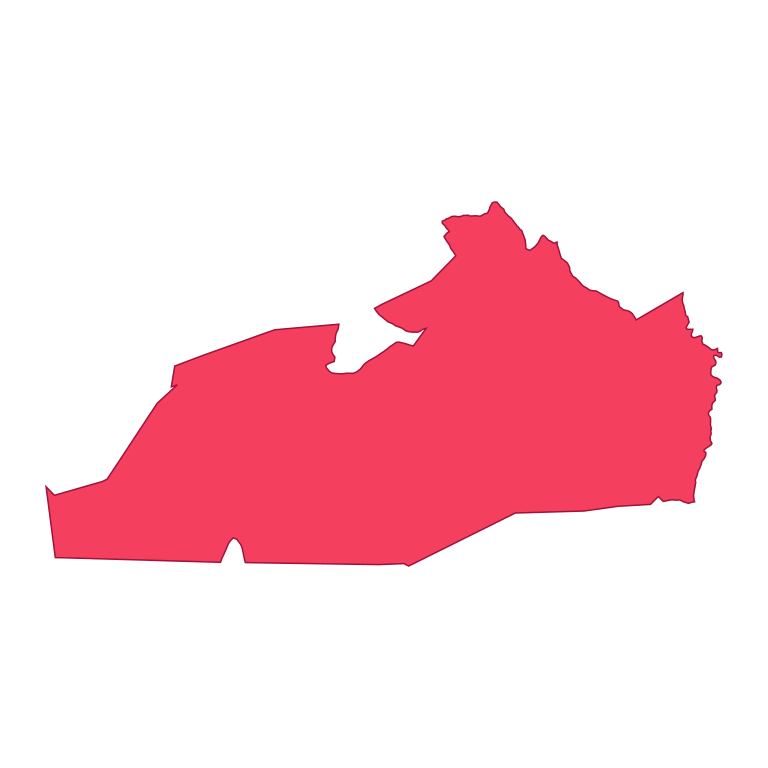 outline of Santa Lucía Monteverde, Oaxaca, Mexico
{"feature_id": "50627088B70845005155538", "entity_name": "Santa Lucía Monteverde", "entity_type": "district", "adm_level": 2, "iso_a3": "MEX", "parent_name": "Mexico", "parent_adm1": "Oaxaca", "projection": "orthographic", "projection_center": [-97.707, 16.955], "detail": "fine", "context": "isolated", "style": "filled", "palette": "rose", "viewbox_px": 768, "rotation_deg": 0, "n_neighbors": 0, "source": "geoboundaries", "source_scale": "gbopen_adm2", "svg_char_len": 5156}
<svg xmlns="http://www.w3.org/2000/svg" viewBox="0 0 768 768"><path d="M717.5,348.4L715.0,349.6L713.0,350.0L711.3,349.6L709.8,348.4L708.7,347.4L706.8,346.2L705.3,345.2L703.0,344.3L701.9,341.4L702.2,337.3L701.1,335.8L699.5,336.0L695.6,337.4L693.3,337.6L691.5,336.4L691.4,333.7L692.2,331.9L692.9,329.3L688.0,329.3L686.8,329.0L686.4,328.1L686.2,327.2L687.0,325.9L687.9,324.2L689.1,322.3L688.3,319.0L687.6,316.6L686.0,315.8L685.5,314.3L685.3,311.9L684.8,310.6L684.5,309.0L684.1,307.8L683.8,305.7L682.8,303.5L682.5,301.9L682.2,299.6L682.7,296.2L683.0,294.7L683.0,292.6L636.2,319.9L633.9,316.1L631.8,313.1L629.6,311.5L627.1,310.6L625.4,310.3L623.3,309.7L621.1,308.0L619.3,306.5L619.0,305.2L618.7,303.4L618.5,302.2L617.8,301.2L610.7,298.7L607.2,297.0L602.5,294.5L599.4,292.8L596.3,291.0L593.5,290.8L589.8,290.2L586.5,287.9L582.6,285.6L579.0,281.4L576.0,278.3L572.7,276.1L569.9,271.0L569.6,267.4L567.5,263.1L564.0,260.2L561.3,258.3L559.8,253.5L558.3,248.1L557.3,245.4L557.0,242.0L554.1,243.3L551.2,241.5L548.3,240.1L544.9,236.4L543.4,235.4L543.0,235.3L542.6,235.6L541.5,236.4L538.1,243.0L534.8,246.8L529.9,250.4L525.9,248.7L525.7,244.5L525.2,240.1L524.2,237.2L523.9,236.4L522.6,233.0L522.3,231.8L521.5,230.4L520.2,229.5L519.1,228.2L518.2,226.9L517.0,226.0L516.0,224.5L514.8,223.0L513.9,221.7L512.8,220.3L511.9,219.0L510.6,217.7L509.4,216.7L508.0,215.7L507.1,214.5L505.9,213.6L505.1,212.3L504.3,210.9L503.9,209.3L502.7,208.3L501.2,207.3L500.0,206.1L499.2,204.8L498.0,203.4L497.1,202.2L495.5,202.0L493.8,202.2L492.2,202.9L491.4,204.6L490.6,205.8L489.8,207.5L489.4,209.2L488.6,210.9L487.8,212.6L486.5,213.5L484.7,213.8L483.3,214.5L481.9,215.4L480.3,216.2L478.5,216.1L476.8,215.8L475.1,215.8L473.3,215.9L471.7,216.0L469.9,216.0L468.5,215.3L466.7,215.3L465.1,215.4L463.2,215.4L461.9,216.1L460.1,216.5L458.6,216.8L457.0,216.5L455.3,216.3L453.4,216.3L451.6,216.5L449.9,217.6L448.2,218.4L446.4,218.8L445.2,220.1L443.7,220.5L442.3,221.2L442.2,222.9L443.1,224.1L444.3,225.2L445.4,226.4L446.2,227.9L447.4,229.1L448.5,230.4L449.3,231.7L447.8,232.4L446.5,233.5L444.0,236.4L444.8,238.1L447.1,241.7L449.3,244.8L451.0,248.8L453.3,251.7L455.8,255.8L431.3,280.8L414.2,289.0L382.3,304.1L374.5,308.4L376.7,311.7L379.2,314.7L384.1,318.6L387.8,321.7L392.5,323.7L396.1,326.0L399.3,327.1L402.1,328.2L405.9,330.9L408.9,331.7L412.2,332.1L415.1,332.1L418.1,332.1L420.6,330.9L422.8,329.3L426.1,328.3L413.4,345.9L410.2,345.2L405.6,343.7L399.0,342.1L396.1,342.4L392.5,345.0L389.7,346.8L387.0,349.2L383.9,351.4L379.3,354.5L376.6,356.4L371.1,359.5L367.5,361.6L366.0,362.8L364.2,364.2L360.4,369.0L356.8,371.9L353.3,373.3L349.7,373.3L346.6,373.2L341.1,373.9L334.8,373.4L331.9,373.0L329.5,371.5L326.5,368.0L325.8,365.3L328.9,363.4L334.2,361.5L334.9,357.0L332.9,354.4L331.7,351.7L331.7,348.0L332.8,345.5L335.2,341.7L335.2,338.7L335.9,333.9L338.1,329.2L338.9,324.2L277.9,329.5L274.8,329.8L263.8,333.6L233.8,344.4L204.3,354.9L174.7,366.1L171.3,386.9L177.3,384.9L177.1,385.1L175.1,386.9L174.6,387.4L173.8,388.0L173.3,388.5L172.6,389.2L171.8,389.9L171.1,390.5L170.1,391.4L169.4,392.1L168.5,392.9L167.5,393.8L166.9,394.4L166.2,394.9L165.4,395.7L164.4,396.7L161.3,399.5L159.0,401.6L157.4,403.0L156.9,403.8L152.5,410.4L150.6,413.3L149.1,415.5L146.7,419.1L145.3,421.3L143.5,424.1L142.1,426.2L139.1,430.7L136.9,434.1L135.2,436.7L134.6,437.5L133.6,439.1L132.4,440.9L131.6,442.2L130.4,444.0L129.6,445.1L128.9,446.2L127.9,447.8L126.8,449.5L125.4,451.5L124.4,453.1L123.4,454.6L122.3,456.3L120.9,458.3L119.3,460.9L117.8,463.1L116.5,465.0L115.8,466.1L115.5,466.6L114.8,467.6L113.9,468.9L112.6,470.9L107.2,479.1L102.4,481.5L54.4,495.3L46.1,486.8L55.3,557.6L67.9,557.9L220.5,562.3L222.1,557.8L223.7,554.7L225.1,551.3L226.5,548.3L228.4,543.6L230.5,540.7L233.1,537.9L236.8,539.2L240.3,543.9L241.9,547.0L242.7,550.5L243.7,555.6L245.3,562.6L378.8,564.6L403.9,563.6L408.7,566.0L515.3,513.0L584.2,511.0L617.8,506.3L650.5,504.4L658.3,496.5L663.2,501.4L671.5,499.8L677.2,500.2L679.4,499.8L684.0,502.0L688.4,503.3L693.4,501.9L694.6,501.8L694.3,500.8L694.0,499.7L693.7,497.3L693.6,495.5L693.8,493.6L694.2,491.1L695.1,486.0L695.4,483.8L695.8,482.9L695.6,482.0L695.4,480.7L695.5,479.8L695.7,478.8L696.2,477.8L696.6,476.9L696.9,475.9L697.3,474.8L697.5,473.7L697.8,472.3L698.5,470.5L699.5,468.7L700.7,465.6L701.1,464.7L701.5,462.9L701.7,462.1L702.3,460.9L703.9,458.9L704.5,458.1L705.5,456.1L705.8,454.2L705.9,453.2L705.8,452.4L704.2,451.5L704.0,451.0L704.1,450.2L704.3,449.8L705.4,448.7L707.1,447.6L710.2,445.5L711.4,444.6L711.9,443.3L710.4,440.6L710.0,436.8L711.0,434.7L711.1,432.3L710.7,431.1L711.4,428.9L711.0,427.2L710.4,425.0L710.6,421.5L710.6,419.0L710.3,417.3L709.1,415.8L708.3,413.6L709.1,411.4L710.4,410.2L711.9,409.4L711.8,405.8L712.4,403.3L715.4,400.2L714.6,396.2L715.2,394.2L716.7,392.6L717.0,390.6L716.2,387.6L716.8,385.5L718.0,385.0L719.7,384.6L721.1,382.8L720.6,380.8L719.3,379.5L716.9,378.0L714.7,377.4L713.0,376.7L711.9,375.8L710.8,374.5L710.9,371.0L711.1,368.7L711.9,366.8L715.1,365.2L715.9,363.4L715.8,361.2L714.3,358.8L713.5,357.0L714.2,355.4L716.2,355.2L718.3,356.5L719.5,357.2L721.5,356.9L721.9,353.9L721.2,352.5L719.1,352.7L717.6,352.0L717.5,348.4Z" fill="#f43f5e" stroke="#9f1239" stroke-width="1.5"/></svg>